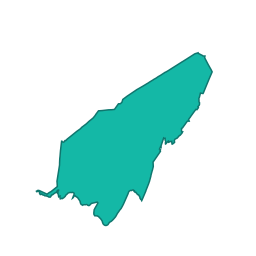 Aizpute, Aizputes, Latvia, rotated 117°
{"feature_id": "27541924B45479434258967", "entity_name": "Aizpute", "entity_type": "district", "adm_level": 2, "iso_a3": "LVA", "parent_name": "Latvia", "parent_adm1": "Aizputes", "projection": "equal_earth", "projection_center": [21.618, 56.716], "detail": "fine", "context": "isolated", "style": "filled", "palette": "teal", "viewbox_px": 256, "rotation_deg": 117, "n_neighbors": 0, "source": "geoboundaries", "source_scale": "gbopen_adm2", "svg_char_len": 4994}
<svg xmlns="http://www.w3.org/2000/svg" viewBox="0 0 256 256"><g transform="rotate(117 128 128)"><path d="M63.2,76.8L62.2,76.8L53.9,77.5L47.6,78.0L39.8,78.5L38.8,79.8L37.4,81.8L37.0,82.5L36.7,82.9L34.9,85.6L31.7,90.1L30.6,91.6L28.9,92.1L29.8,93.8L29.6,94.4L29.6,98.5L29.6,99.0L29.7,99.4L29.2,99.7L29.5,100.0L31.4,102.0L32.5,102.7L34.6,103.9L35.1,104.2L44.2,109.6L44.4,109.8L45.0,110.1L47.0,111.3L50.2,113.2L60.3,119.2L60.3,119.3L61.4,120.0L61.5,120.2L65.9,122.7L67.5,123.7L68.3,124.3L70.6,125.5L72.6,126.8L72.8,127.0L73.4,127.3L74.6,128.0L75.7,128.7L76.5,129.2L79.3,130.8L79.7,131.1L83.6,133.5L87.9,136.3L89.7,137.5L95.7,140.8L100.0,143.2L104.9,145.6L107.8,145.1L109.8,145.8L110.8,147.5L117.6,148.5L119.3,151.1L119.5,151.5L120.1,152.6L120.8,153.8L124.3,159.1L126.1,162.1L130.7,162.9L131.3,162.9L131.6,162.9L134.8,163.6L136.7,164.4L139.8,165.8L143.2,167.0L148.3,169.5L150.4,170.1L154.4,172.2L159.2,174.3L165.6,177.2L166.5,177.4L167.6,177.8L167.6,178.2L167.6,178.3L168.0,178.5L168.7,178.6L169.4,178.7L169.8,178.9L170.1,179.5L170.1,180.4L169.7,181.1L169.3,181.5L169.9,181.1L170.7,180.9L177.9,178.2L178.5,178.0L184.1,175.7L186.7,174.7L190.0,173.2L191.6,172.4L192.6,172.0L203.1,168.6L207.7,167.1L209.5,166.0L212.3,164.4L219.8,167.8L221.1,168.8L223.7,170.1L224.0,178.6L224.4,179.9L225.9,180.9L226.2,180.5L225.5,179.6L225.0,178.7L224.7,177.8L224.9,177.4L226.1,177.4L227.1,176.1L226.9,175.5L225.9,174.8L226.3,173.9L226.3,173.1L225.9,172.3L226.2,171.2L225.4,169.7L225.6,169.0L225.3,168.3L225.3,167.8L225.5,167.4L225.0,166.0L224.0,165.6L223.4,165.8L222.6,165.6L221.9,165.3L221.8,164.9L219.8,164.0L217.6,162.6L215.9,162.6L214.9,162.1L214.9,161.6L215.9,161.8L216.9,161.2L217.4,161.5L218.0,161.5L218.3,160.6L219.2,159.7L220.2,159.0L220.7,158.6L219.9,158.2L219.5,157.6L220.3,157.5L221.9,156.2L221.6,155.7L220.9,155.3L220.7,154.9L220.7,154.4L219.1,153.5L217.4,152.9L216.1,152.9L214.7,152.3L213.2,151.9L211.7,150.4L211.3,149.2L210.9,148.7L210.5,148.2L210.5,146.6L210.7,146.3L210.9,146.2L211.2,146.1L212.2,145.8L213.2,145.8L213.9,145.7L215.6,145.5L215.4,145.4L215.2,145.4L214.9,145.3L214.7,145.2L214.3,145.2L214.0,145.2L213.5,145.2L213.3,145.2L212.9,145.1L212.7,145.1L212.4,145.1L212.2,145.0L212.3,145.0L212.3,144.9L212.5,144.9L212.7,144.6L212.7,144.4L212.6,144.1L212.6,143.9L212.6,143.6L212.7,143.3L212.7,143.1L212.8,142.4L212.8,142.1L212.9,141.4L213.1,140.9L213.3,140.6L213.5,140.2L213.7,139.9L214.0,139.2L214.4,138.6L214.6,138.2L215.1,137.4L215.2,137.2L215.3,137.2L215.6,137.1L216.0,136.7L216.4,136.4L216.8,135.8L217.3,135.2L217.4,134.8L217.4,134.7L217.4,134.2L217.3,133.8L217.3,133.7L217.4,133.3L217.2,133.2L216.8,133.0L216.7,132.9L216.3,132.4L216.0,131.8L216.0,131.7L215.9,131.5L215.7,131.1L215.6,130.9L215.4,130.7L215.1,130.4L215.0,130.2L214.9,129.9L214.9,129.7L214.9,129.4L215.1,128.8L215.0,127.9L214.7,127.4L214.5,127.2L211.7,126.3L211.5,126.0L208.5,122.4L208.1,122.0L208.0,121.5L208.2,121.1L208.5,120.8L210.8,120.8L213.8,121.0L215.1,121.0L215.9,121.0L216.5,121.0L217.2,120.6L218.2,120.3L219.4,119.8L220.6,119.0L220.8,118.6L221.3,117.8L221.2,117.6L220.8,116.7L220.5,116.0L220.2,115.3L220.3,115.1L220.3,113.8L220.7,113.2L221.2,111.4L221.5,110.8L222.1,109.7L222.5,108.9L223.2,108.3L223.7,107.8L224.5,106.9L224.8,106.4L225.0,106.1L225.1,105.5L225.2,105.0L225.2,104.6L225.2,104.1L224.8,103.3L224.5,102.9L224.0,102.5L223.2,102.0L220.5,101.7L218.8,100.6L217.6,100.1L216.1,99.6L214.5,99.2L212.8,98.8L211.3,98.7L210.2,98.7L208.5,98.6L206.8,98.3L204.9,98.1L202.9,97.6L200.1,97.5L197.9,97.5L186.8,98.1L185.4,98.3L184.5,98.4L183.7,98.2L182.7,97.6L182.2,97.0L182.2,96.6L182.1,96.4L181.5,96.0L181.0,95.6L180.8,95.1L180.9,94.6L181.4,94.3L181.6,93.9L181.2,93.6L182.0,92.8L182.0,92.0L181.7,91.8L182.8,89.6L183.0,89.3L182.9,88.9L182.7,88.4L182.9,87.9L183.4,87.5L183.5,86.9L183.9,86.3L184.1,86.2L184.3,86.0L185.0,85.5L185.2,85.3L185.2,85.0L185.3,84.7L185.8,84.4L185.8,83.8L186.5,82.8L186.0,82.8L183.2,83.0L176.0,83.5L175.9,83.6L170.7,84.1L168.5,84.3L166.5,84.6L165.9,84.6L165.7,84.7L163.2,85.2L160.9,85.7L159.6,86.1L154.9,87.1L154.6,87.1L150.8,88.0L150.1,88.4L147.0,90.2L134.2,88.5L134.0,89.1L132.7,89.1L132.5,90.4L130.3,90.4L130.4,89.7L129.8,89.9L129.8,90.1L129.9,90.3L129.9,90.5L128.6,90.5L121.4,91.6L120.6,91.7L120.7,90.9L120.8,90.4L120.4,90.2L120.7,89.9L121.4,89.8L121.7,89.5L122.0,89.3L122.5,88.7L122.9,88.3L123.1,88.2L123.6,88.1L124.1,88.0L124.4,87.9L125.2,87.3L125.0,87.1L123.4,86.8L122.0,86.3L121.5,86.2L121.2,86.0L121.5,85.5L121.8,85.3L122.1,85.2L121.6,84.7L120.7,84.1L120.7,83.9L120.5,83.3L120.1,83.0L122.3,81.5L122.1,81.0L121.3,80.7L120.1,80.1L119.5,80.0L119.0,80.4L118.0,81.1L116.5,81.0L114.7,79.6L111.5,78.8L110.9,78.3L108.2,77.6L106.6,77.6L107.0,78.6L104.1,80.1L103.2,79.5L98.0,78.7L97.2,78.6L94.9,78.2L94.1,76.6L92.9,77.9L92.1,77.8L90.8,77.6L89.9,77.4L89.4,77.4L85.5,76.8L80.6,76.0L80.4,74.9L77.9,74.5L77.3,75.4L77.0,75.3L75.2,74.9L74.6,75.0L73.9,75.3L72.8,75.9L72.6,76.4L72.4,76.7L70.9,77.4L69.5,78.3L68.4,78.3L64.0,79.3L63.6,77.8L63.2,76.8Z" fill="#14b8a6" stroke="#0f766e" stroke-width="1.5"/></g></svg>